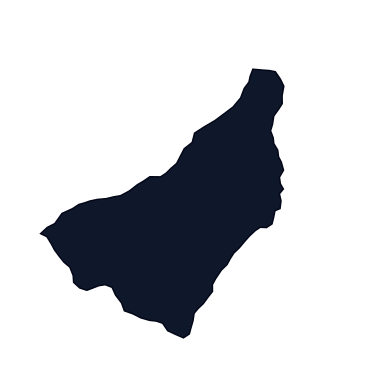 outline of Santo Expedito, São Paulo, Brazil, rotated 40°
{"feature_id": "56859067B72387481715012", "entity_name": "Santo Expedito", "entity_type": "district", "adm_level": 2, "iso_a3": "BRA", "parent_name": "Brazil", "parent_adm1": "São Paulo", "projection": "orthographic", "projection_center": [-51.369, -21.812], "detail": "fine", "context": "isolated", "style": "filled", "palette": "ink", "viewbox_px": 384, "rotation_deg": 40, "n_neighbors": 0, "source": "geoboundaries", "source_scale": "gbopen_adm2", "svg_char_len": 1413}
<svg xmlns="http://www.w3.org/2000/svg" viewBox="0 0 384 384"><g transform="rotate(40 192 192)"><path d="M279.2,309.2L281.2,302.5L278.1,295.8L275.6,290.1L271.6,283.6L271.6,277.2L272.4,270.2L271.9,263.0L271.6,255.0L267.2,249.9L265.8,243.2L264.7,233.0L265.5,225.1L264.1,218.3L263.3,211.9L264.1,204.4L264.1,195.8L264.3,188.7L265.3,180.7L267.0,175.1L271.9,171.4L273.8,165.0L270.9,159.1L267.6,153.0L270.1,148.1L265.9,141.6L260.1,137.2L260.1,131.0L254.4,128.9L249.5,124.5L248.1,116.5L241.2,111.7L235.8,109.5L230.7,104.8L223.5,102.3L219.4,98.3L212.8,94.6L210.2,88.5L205.8,81.2L205.1,72.4L204.3,66.3L199.2,60.4L194.3,51.9L187.0,48.7L178.5,46.3L173.1,49.3L167.6,53.3L159.7,58.8L162.3,66.3L165.0,71.2L165.4,79.0L168.8,88.7L168.8,100.5L166.2,111.9L163.6,122.7L159.4,134.5L156.1,145.2L160.3,153.9L158.2,163.7L160.3,173.0L161.9,180.0L160.7,187.3L160.1,194.2L158.1,200.7L149.9,207.4L147.7,215.3L145.5,221.4L143.3,231.6L139.6,240.8L135.1,246.1L130.5,252.3L124.4,258.4L119.6,264.5L116.8,269.2L113.3,274.4L111.2,281.5L106.2,292.0L107.2,304.4L103.9,312.1L102.8,321.2L109.6,319.5L117.9,322.3L123.8,324.7L131.6,326.6L139.1,328.1L146.8,328.1L154.7,332.4L159.4,337.3L167.6,337.7L174.6,334.9L177.7,329.4L180.8,323.7L185.1,318.8L192.1,316.4L199.7,320.1L209.4,322.3L216.6,326.5L224.8,323.4L233.7,321.3L242.0,317.6L247.5,313.9L253.8,311.4L262.6,313.9L271.5,311.5L279.2,309.2Z" fill="#0f172a" stroke="#020617" stroke-width="1.5"/></g></svg>